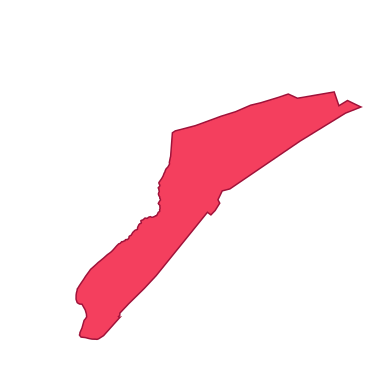 the district of Santa María Yolotepec, Oaxaca, Mexico, rotated 316°
{"feature_id": "50627088B13897730718633", "entity_name": "Santa María Yolotepec", "entity_type": "district", "adm_level": 2, "iso_a3": "MEX", "parent_name": "Mexico", "parent_adm1": "Oaxaca", "projection": "orthographic", "projection_center": [-97.477, 16.884], "detail": "fine", "context": "isolated", "style": "filled", "palette": "rose", "viewbox_px": 384, "rotation_deg": 316, "n_neighbors": 0, "source": "geoboundaries", "source_scale": "gbopen_adm2", "svg_char_len": 2469}
<svg xmlns="http://www.w3.org/2000/svg" viewBox="0 0 384 384"><g transform="rotate(316 192 192)"><path d="M303.5,175.6L294.5,170.3L278.9,164.4L265.6,157.7L240.5,146.6L222.4,136.4L219.0,135.8L201.4,151.5L199.8,152.5L199.4,152.8L197.2,154.3L196.1,155.1L195.6,155.9L195.0,156.4L193.9,156.7L192.3,157.2L191.1,157.3L189.9,157.3L189.0,157.5L187.7,158.0L186.5,158.7L185.1,159.1L184.0,159.6L182.6,160.3L180.8,160.9L179.7,161.2L178.5,161.5L177.1,161.7L176.0,162.0L174.9,162.1L174.3,162.7L174.0,163.3L173.8,164.3L173.5,164.9L172.9,165.3L171.7,165.5L170.9,165.4L170.5,165.6L170.4,166.6L169.9,167.1L168.8,168.9L166.9,169.7L166.1,170.6L165.6,171.9L165.4,173.0L164.9,173.7L164.5,174.1L164.3,175.1L163.7,175.9L162.6,176.0L161.4,176.3L160.6,176.6L159.9,176.7L159.6,177.6L159.6,179.1L159.3,179.7L158.6,180.3L158.2,180.9L157.6,181.6L156.8,182.1L156.4,182.2L155.6,183.3L155.1,183.5L154.4,183.3L153.5,183.2L152.8,183.5L151.9,183.9L150.8,184.1L150.3,184.4L149.6,184.1L149.1,183.7L148.4,183.8L147.6,183.4L146.3,182.9L145.5,182.3L144.9,180.8L143.3,180.0L141.6,179.9L140.9,179.2L140.6,178.7L140.1,178.1L138.4,178.0L137.1,177.9L136.3,177.4L135.4,177.1L134.8,177.8L134.3,178.8L133.5,179.1L132.5,178.6L131.1,178.6L130.2,179.0L129.2,179.3L128.0,179.9L126.9,180.9L126.2,180.8L125.1,180.2L124.2,179.9L123.4,179.9L122.5,180.0L121.6,179.9L120.0,180.3L118.9,180.7L118.0,180.8L117.6,180.6L116.8,180.4L115.9,180.3L115.5,180.6L114.9,181.1L114.2,181.4L113.0,181.4L112.3,181.3L111.6,180.4L110.8,180.1L110.1,180.5L109.1,180.1L108.3,179.7L107.6,179.7L107.3,179.4L106.9,178.9L105.4,179.0L104.7,179.1L103.3,178.4L100.6,178.4L94.3,178.9L92.2,178.9L90.2,178.7L87.6,178.3L85.2,178.2L82.2,178.1L75.3,177.5L73.1,177.5L69.9,177.4L65.4,177.2L56.9,178.7L53.2,179.6L49.8,180.3L46.1,181.1L43.5,181.8L41.9,182.1L41.6,182.6L38.9,184.2L37.1,185.6L34.2,188.5L33.6,189.6L32.6,191.8L32.8,193.0L33.3,194.5L34.9,196.3L33.3,202.6L31.3,206.4L29.4,208.7L27.2,209.2L25.2,209.4L18.4,213.4L14.0,215.2L13.9,215.2L12.1,216.7L11.7,216.7L11.5,217.9L11.4,219.3L14.2,222.7L16.2,226.0L18.0,228.5L20.3,230.8L21.3,232.0L22.7,232.7L28.6,233.9L52.9,232.1L52.7,232.0L52.5,231.1L52.6,230.5L54.1,230.7L55.4,229.6L55.7,229.1L56.0,229.0L68.4,228.4L90.7,228.2L107.9,227.3L189.0,217.3L189.7,221.6L195.8,221.4L204.2,219.3L205.3,215.6L214.5,212.2L221.4,216.1L304.9,230.4L357.2,241.9L372.6,248.2L372.3,247.5L367.4,234.2L357.6,232.0L363.8,218.8L333.0,197.8L329.3,188.4L318.2,183.1L303.5,175.6Z" fill="#f43f5e" stroke="#9f1239" stroke-width="1.5"/></g></svg>